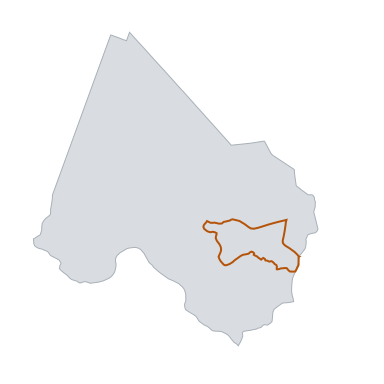 Ash Shati' on a map of Libya (Mercator projection), rotated 200°
{"feature_id": "LBY-2967", "entity_name": "Ash Shati'", "entity_type": "Municipality", "adm_level": 1, "iso_a3": "LBY", "parent_name": "Libya", "parent_adm1": "", "projection": "mercator", "projection_center": [12.752, 27.893], "detail": "fine", "context": "in_parent", "style": "outline", "palette": "amber", "viewbox_px": 384, "rotation_deg": 200, "n_neighbors": 0, "source": "natural_earth", "source_scale": "10m", "svg_char_len": 4679}
<svg xmlns="http://www.w3.org/2000/svg" viewBox="0 0 384 384"><g transform="rotate(200 192 192)"><path d="M62.5,121.6L64.5,120.6L67.4,119.4L68.8,118.6L69.5,117.8L71.6,114.8L72.7,113.1L74.2,110.8L74.9,109.2L74.9,107.8L74.7,106.0L73.5,101.7L72.5,97.5L73.3,95.9L73.9,95.1L75.2,93.1L75.7,92.7L78.6,92.1L79.7,90.8L80.6,89.2L80.8,88.3L82.1,87.4L83.6,86.5L84.5,85.3L87.5,83.5L90.2,81.8L93.4,80.1L95.9,78.7L96.4,77.5L96.4,76.5L95.0,74.1L95.0,71.4L95.1,69.0L95.2,67.7L95.8,63.9L95.9,63.3L98.4,64.6L101.1,65.1L108.9,69.8L111.4,70.4L116.8,71.0L123.3,69.0L125.7,68.7L130.0,70.5L131.8,71.0L135.0,71.2L140.4,72.8L141.7,73.4L144.9,76.0L146.4,76.8L157.5,79.1L159.0,80.7L160.6,83.7L160.6,87.5L161.5,90.2L162.9,93.7L164.6,96.2L166.4,98.2L168.5,99.5L173.4,101.4L178.9,102.1L184.5,102.4L194.0,105.0L202.1,108.0L204.1,109.5L208.1,111.0L216.2,118.0L220.6,120.4L223.8,120.9L226.6,120.5L231.6,118.0L233.7,116.6L238.7,110.5L240.4,107.3L241.0,105.1L240.9,102.8L240.2,100.7L238.8,98.5L237.9,95.7L237.3,90.5L238.1,86.9L239.0,84.8L240.5,82.6L244.7,78.4L248.9,75.4L256.3,71.5L260.6,71.4L262.4,71.0L266.0,68.2L267.4,68.1L269.4,68.8L275.2,68.6L277.8,69.4L280.9,71.1L284.7,72.2L287.5,73.2L290.4,74.6L291.0,78.0L290.7,79.0L290.7,80.3L293.7,82.7L302.3,83.8L304.0,84.4L306.3,86.2L307.8,86.7L313.7,87.0L317.1,86.6L320.4,87.2L321.6,87.8L322.9,89.2L324.4,92.6L325.0,93.7L324.3,94.3L323.4,95.4L322.8,96.5L321.3,98.2L320.0,100.0L320.1,102.7L320.4,105.4L321.3,108.0L322.0,111.0L321.8,112.9L321.2,115.2L320.4,117.2L317.9,121.2L317.5,122.2L317.6,123.5L319.2,128.3L319.3,129.8L320.2,134.4L321.0,138.1L322.0,141.1L322.1,141.9L322.1,146.2L322.1,150.5L322.1,154.8L322.1,159.1L322.1,163.4L322.1,167.6L322.1,171.9L322.1,176.1L322.1,180.4L322.1,184.6L322.1,188.8L322.1,193.0L322.1,197.3L322.1,201.5L322.1,205.6L322.1,209.8L322.1,214.0L322.1,218.2L322.1,222.3L322.1,226.5L322.1,230.6L322.1,234.8L322.1,238.9L322.1,243.0L322.1,247.1L322.1,251.3L322.1,255.4L322.1,259.5L322.1,263.5L322.1,267.6L322.1,271.7L322.1,275.8L322.1,284.8L322.1,293.8L322.1,302.7L322.1,311.6L321.9,311.8L317.8,311.8L313.6,311.8L309.5,311.7L305.3,311.7L305.3,314.0L305.3,316.2L305.3,318.4L305.3,320.7L297.3,316.4L289.2,312.2L281.2,308.0L273.2,303.7L265.1,299.5L257.1,295.3L249.0,291.0L241.0,286.7L232.9,282.5L224.9,278.2L216.9,273.9L208.8,269.6L200.8,265.3L192.7,261.0L184.7,256.7L176.6,252.4L171.1,249.4L165.1,252.3L160.4,254.6L154.2,257.6L147.1,261.5L141.6,264.5L141.4,264.5L141.1,264.4L135.5,259.3L131.0,255.3L129.1,254.2L120.7,252.2L112.4,250.2L103.6,248.1L102.1,244.8L100.3,241.2L97.9,236.7L96.4,233.9L95.9,233.4L89.2,231.2L82.1,229.1L78.0,230.4L77.3,230.3L76.1,229.5L74.9,228.3L74.3,226.8L72.6,224.7L71.1,219.8L70.9,216.0L70.6,214.6L66.9,209.2L63.6,204.2L61.3,200.9L60.9,199.4L61.2,197.6L62.1,195.9L65.3,194.0L68.2,191.8L68.6,190.4L68.8,186.3L67.9,185.0L67.2,182.6L66.4,179.3L66.4,177.2L67.7,173.0L69.2,168.5L68.2,163.7L67.5,153.8L68.0,146.0L67.6,143.2L67.3,142.0L66.3,138.3L65.1,134.5L64.6,133.1L63.0,130.0L60.4,126.2L59.0,123.8L60.9,122.6L62.5,121.6Z" fill="#d9dde1" stroke="#a8b0b8" stroke-width="1"/><path d="M69.4,167.9L69.5,167.8L69.5,167.0L67.1,160.5L66.9,159.4L67.7,152.7L68.4,152.4L69.3,151.9L70.6,151.5L72.1,151.0L72.9,150.8L74.5,151.4L76.9,152.8L78.0,152.6L79.5,151.9L81.0,151.2L82.5,150.5L83.4,149.7L83.7,149.5L84.9,148.7L85.9,148.4L86.4,149.5L86.6,150.8L87.7,152.2L89.8,152.6L90.6,153.2L92.8,154.1L93.9,154.1L95.0,153.3L95.7,153.0L97.3,153.2L97.9,153.2L99.6,152.8L100.6,154.0L102.5,154.4L103.0,153.6L103.3,153.2L103.9,152.1L106.0,152.7L106.8,152.8L108.9,153.7L110.1,153.8L111.4,153.9L112.5,154.1L112.6,155.6L114.1,156.3L115.7,156.3L116.9,155.1L117.5,153.7L118.4,152.9L119.4,152.3L120.9,151.4L122.7,150.4L124.5,148.4L126.0,146.2L127.0,144.7L128.0,143.3L128.9,141.9L129.7,140.2L131.0,138.5L132.0,137.3L132.9,136.4L134.8,134.9L136.3,134.4L137.6,134.7L138.6,135.3L140.8,136.4L142.6,137.7L144.0,139.2L144.9,140.3L144.8,141.4L144.7,143.3L144.6,145.6L144.9,147.7L145.6,149.2L146.6,150.7L147.6,151.6L148.8,152.6L151.9,154.6L153.9,156.7L154.4,158.8L154.4,160.3L154.8,161.7L156.6,162.0L158.7,161.8L160.9,160.5L163.1,160.3L164.5,160.4L166.6,161.1L167.9,161.5L169.3,163.0L169.6,164.5L169.2,166.1L168.5,167.9L167.9,169.4L167.9,169.8L164.0,169.4L161.5,170.3L160.5,170.9L157.5,171.3L155.7,171.5L153.2,172.6L152.0,174.7L149.9,176.0L148.2,177.1L146.6,178.2L145.9,179.2L144.8,180.1L143.1,180.4L137.5,181.0L131.5,179.8L126.8,178.4L124.2,177.9L121.2,178.7L117.2,181.3L113.9,183.8L109.4,187.3L104.4,190.9L99.9,194.0L95.9,196.6L93.7,198.1L93.4,195.5L92.8,193.0L91.8,188.1L91.1,184.3L90.7,181.7L90.1,177.3L89.2,175.2L87.7,174.2L85.6,173.4L81.6,172.6L78.4,171.7L75.2,170.8L71.9,169.3L69.5,167.9L69.4,167.9Z" fill="none" stroke="#b45309" stroke-width="2"/></g></svg>